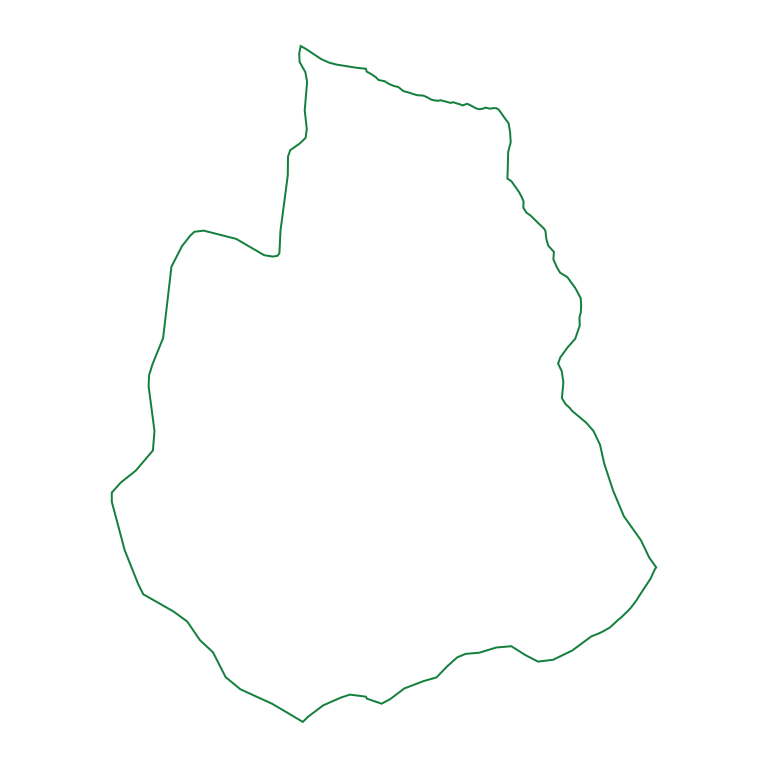 Jurmey, Mongar, Bhutan (Equal Earth projection)
{"feature_id": "84629894B48851567249316", "entity_name": "Jurmey", "entity_type": "district", "adm_level": 2, "iso_a3": "BTN", "parent_name": "Bhutan", "parent_adm1": "Mongar", "projection": "equal_earth", "projection_center": [91.257, 27.093], "detail": "fine", "context": "isolated", "style": "outline", "palette": "green", "viewbox_px": 768, "rotation_deg": 0, "n_neighbors": 0, "source": "geoboundaries", "source_scale": "gbopen_adm2", "svg_char_len": 2248}
<svg xmlns="http://www.w3.org/2000/svg" viewBox="0 0 768 768"><path d="M656.2,567.4L649.3,557.7L640.9,540.2L623.9,516.3L613.0,490.3L604.2,463.5L600.0,444.7L593.4,430.9L586.2,422.7L572.2,411.0L569.7,407.9L565.4,403.9L561.9,398.1L563.4,382.3L561.7,371.0L558.1,363.7L560.3,357.4L567.5,347.5L575.2,338.8L579.7,325.8L579.5,317.4L580.8,312.4L581.2,305.5L580.7,298.1L575.3,288.1L571.8,283.3L567.3,277.1L560.1,272.7L557.0,267.5L553.4,259.5L553.9,251.9L550.5,248.1L548.3,245.7L546.5,239.7L546.0,236.0L545.5,231.2L544.0,228.6L537.9,222.8L530.6,215.6L526.4,212.6L523.3,207.6L523.6,201.5L521.7,197.1L519.4,192.7L516.9,188.9L511.3,181.1L507.4,178.6L507.7,169.8L508.2,151.9L510.7,142.3L510.1,132.3L508.6,123.3L503.7,116.7L500.8,112.5L498.6,109.5L496.0,108.1L493.1,108.1L490.1,108.7L485.7,107.6L483.0,108.6L480.0,109.2L477.3,108.8L474.3,107.4L470.3,105.2L467.1,103.8L462.6,105.4L459.7,104.2L456.7,103.4L453.0,102.2L450.7,102.9L440.6,100.2L438.1,100.8L434.7,100.4L431.2,99.6L427.4,97.4L423.4,95.6L417.2,95.2L413.1,94.0L408.9,92.6L403.6,91.2L398.2,87.0L394.0,86.0L389.5,84.2L384.5,81.2L378.6,80.0L375.8,77.2L372.4,74.8L368.6,72.6L366.7,71.6L365.9,68.8L355.5,67.6L336.6,64.6L329.0,62.6L321.2,59.1L305.2,48.5L300.7,46.1L299.2,53.6L299.6,61.9L305.4,72.3L307.1,82.0L304.7,110.4L306.8,129.0L305.6,137.9L299.6,143.6L290.3,150.1L288.0,156.6L287.9,165.4L287.8,175.2L284.1,203.5L280.5,230.4L279.4,253.2L277.7,255.7L273.1,256.6L264.2,255.2L236.2,238.9L203.6,230.6L194.3,231.8L190.2,235.7L182.0,246.1L178.1,253.7L171.4,266.8L170.5,274.9L163.1,338.1L152.5,364.2L149.1,375.2L148.6,386.1L154.5,431.1L152.9,450.5L135.7,470.7L120.8,482.5L111.8,492.6L111.8,501.9L117.2,522.0L124.7,550.2L138.2,584.1L143.3,594.3L173.5,611.5L187.2,621.5L200.0,640.2L213.0,652.3L225.6,677.1L240.4,689.3L272.2,703.8L302.8,721.9L308.1,716.7L323.3,705.3L340.8,697.6L350.0,694.6L365.9,696.7L367.0,698.7L381.6,703.7L390.5,698.9L404.4,688.4L423.5,681.1L436.5,677.4L447.1,666.4L457.3,657.3L465.5,653.9L479.3,652.7L496.3,647.5L505.8,646.7L511.3,646.2L525.4,655.1L538.0,661.6L553.0,659.8L572.1,650.6L591.3,636.4L599.8,633.0L603.2,631.3L609.9,627.5L617.9,620.1L621.1,617.5L626.8,612.0L630.9,607.7L636.2,600.7L640.1,594.5L650.4,578.9L654.9,569.2L656.2,567.4Z" fill="none" stroke="#15803d" stroke-width="2"/></svg>